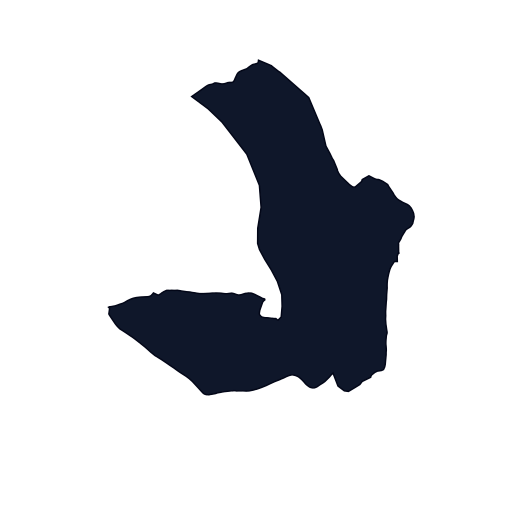 the district of Boguis, Dauphin, Saint Lucia, rotated 324°
{"feature_id": "8701671B63256124601591", "entity_name": "Boguis", "entity_type": "district", "adm_level": 2, "iso_a3": "LCA", "parent_name": "Saint Lucia", "parent_adm1": "Dauphin", "projection": "natural_earth1", "projection_center": [-60.922, 14.016], "detail": "fine", "context": "isolated", "style": "filled", "palette": "ink", "viewbox_px": 512, "rotation_deg": 324, "n_neighbors": 0, "source": "geoboundaries", "source_scale": "gbopen_adm2", "svg_char_len": 6124}
<svg xmlns="http://www.w3.org/2000/svg" viewBox="0 0 512 512"><g transform="rotate(324 256 256)"><path d="M106.6,210.8L106.8,212.3L102.9,216.4L102.7,217.7L102.6,219.8L102.3,228.1L102.4,230.6L102.6,232.3L103.0,234.9L104.3,238.1L105.7,241.8L107.5,246.8L108.3,248.9L109.1,251.4L110.3,255.5L112.1,262.0L112.8,264.6L113.6,268.2L114.4,272.1L115.4,275.8L115.7,277.0L116.2,278.2L118.5,283.8L120.6,289.5L122.1,293.8L123.8,298.4L125.1,302.5L126.3,305.9L127.6,309.2L128.8,312.3L129.9,315.9L130.8,320.1L131.3,324.4L131.8,328.6L132.2,332.4L132.3,333.4L132.5,334.9L132.6,335.8L132.8,336.2L133.0,337.1L133.3,337.5L133.5,337.9L134.4,339.0L135.4,339.8L136.1,340.4L136.5,340.7L137.3,340.9L138.1,341.4L141.4,343.0L141.8,343.2L142.7,343.6L143.6,343.8L144.0,343.9L145.3,344.5L145.7,344.7L147.3,345.5L148.5,346.0L151.1,347.3L151.9,347.8L155.4,349.8L156.4,350.3L156.8,350.5L157.5,351.1L158.3,351.5L159.7,352.5L160.2,352.9L160.9,353.7L162.6,354.8L163.2,355.3L165.6,357.0L166.0,357.2L166.3,357.5L167.4,358.4L168.7,359.5L169.8,360.2L171.2,361.1L174.0,362.4L175.4,363.0L176.9,363.5L178.0,364.0L178.9,364.3L180.2,364.7L181.2,365.0L183.3,365.6L188.1,366.8L192.0,367.5L197.0,368.5L199.3,369.1L201.1,369.6L202.7,370.0L203.9,370.2L206.7,370.9L209.7,371.4L210.1,371.5L210.5,371.6L210.9,371.7L212.4,372.1L212.7,372.2L214.5,372.9L215.2,373.3L215.9,373.8L217.3,375.4L217.8,376.0L218.6,377.3L219.2,378.4L219.6,379.5L219.7,379.9L220.3,382.4L220.6,384.2L220.7,385.5L220.9,386.8L220.9,387.6L220.9,388.0L221.1,389.3L221.3,390.1L221.4,390.6L221.8,391.9L222.2,393.1L222.7,394.2L223.3,394.8L223.8,395.5L224.1,395.8L225.3,396.7L225.6,396.9L225.9,397.0L227.1,397.4L228.2,397.6L229.0,397.7L231.6,397.7L235.6,398.0L237.1,398.0L237.9,398.0L243.3,397.2L244.9,396.9L246.2,396.5L249.5,396.0L245.9,409.4L248.2,417.0L251.2,419.9L259.1,420.6L264.5,421.0L268.1,419.9L277.4,421.5L277.5,421.2L279.2,420.4L279.5,420.2L283.8,420.0L286.7,420.5L287.7,421.1L290.3,422.4L292.4,422.8L294.9,421.4L296.8,419.7L298.1,418.2L303.1,412.5L304.8,410.2L305.8,409.1L306.8,407.7L308.1,405.6L309.1,403.9L310.0,402.6L311.3,400.9L314.7,397.0L316.6,395.5L317.3,394.6L317.5,394.2L318.4,392.4L319.7,390.0L321.0,387.5L323.7,383.2L325.3,381.2L325.8,380.6L326.8,379.1L328.3,377.0L330.9,373.9L334.2,369.9L336.2,367.7L337.4,366.1L339.1,363.9L343.3,359.0L343.9,358.1L344.6,357.1L345.8,355.5L348.1,352.8L350.6,350.4L352.7,348.5L353.9,347.5L356.3,345.6L357.6,344.8L359.0,344.0L359.7,343.7L363.7,342.1L364.9,341.9L367.1,343.5L370.3,338.9L371.1,338.5L372.3,337.7L372.9,337.4L373.4,337.6L373.6,336.8L377.5,331.3L377.8,331.0L378.0,330.7L378.5,329.8L378.9,329.3L379.3,329.0L380.0,328.7L381.9,327.9L383.4,327.2L385.4,325.9L386.2,325.6L387.3,325.1L388.5,324.6L391.0,323.6L391.3,323.4L392.1,323.1L392.5,323.0L392.9,322.9L394.8,322.9L396.9,323.1L398.0,323.1L398.5,323.0L399.3,322.8L400.1,322.5L401.6,321.9L402.0,321.7L403.9,320.0L404.9,319.2L405.5,318.7L406.4,317.8L407.0,317.1L407.2,316.8L407.6,315.9L408.3,314.7L408.5,314.2L408.8,313.3L409.1,312.0L409.3,311.2L409.7,308.3L409.6,307.4L409.5,305.7L409.2,304.6L408.8,303.4L407.9,301.8L407.0,300.2L406.2,298.8L405.5,297.1L404.5,294.9L404.3,294.4L403.8,292.7L403.7,291.9L403.7,291.5L403.6,291.0L403.6,287.4L403.9,286.0L404.2,277.8L404.5,275.8L404.5,275.5L402.4,270.0L401.8,269.0L401.2,267.9L400.5,266.7L399.9,266.0L399.2,265.5L398.6,264.9L398.3,264.6L398.0,264.2L397.0,262.5L394.5,257.5L386.9,256.6L386.3,257.0L385.4,257.8L376.8,258.5L376.1,258.1L375.2,257.4L375.0,257.1L374.6,256.4L374.1,254.9L373.3,252.3L373.5,252.9L371.4,241.1L371.5,238.6L371.5,237.7L371.7,236.8L371.8,236.3L371.9,235.4L372.0,235.0L372.2,234.6L372.4,234.2L372.6,233.8L374.9,224.4L375.0,222.5L375.1,221.4L375.2,221.1L376.0,216.8L376.8,211.0L377.1,208.7L377.2,208.2L377.3,207.8L377.5,207.4L383.7,192.9L384.2,191.1L384.8,189.0L385.2,186.9L391.8,158.8L383.2,120.6L383.2,121.5L380.4,111.7L380.4,111.2L379.4,109.6L378.6,108.2L373.1,99.1L372.6,99.6L371.8,100.5L371.5,100.7L371.2,100.8L370.8,100.9L370.4,100.9L369.7,100.7L368.0,100.1L367.5,99.9L366.2,99.3L365.4,99.1L364.9,99.1L362.9,99.0L361.6,99.0L360.4,99.0L359.9,99.1L358.7,99.1L358.2,99.0L356.5,98.5L354.6,98.0L353.3,97.6L351.7,97.3L350.9,97.2L349.8,97.2L349.1,97.3L348.4,97.5L347.4,97.9L343.6,100.0L342.0,101.0L341.4,101.3L340.2,101.7L339.8,101.7L339.4,101.7L338.9,101.6L337.4,100.6L336.3,99.8L335.5,99.4L335.2,99.2L333.5,98.7L332.1,98.2L331.2,97.8L330.2,97.2L329.6,96.8L328.9,96.2L327.0,94.1L325.7,92.8L325.0,92.2L324.6,92.0L324.4,91.8L324.0,91.7L322.0,91.4L321.2,91.1L319.1,90.1L318.3,89.8L317.4,89.6L317.1,89.6L316.7,89.5L314.7,89.4L312.1,89.4L310.2,89.4L297.7,89.2L303.8,108.8L307.2,127.7L308.4,168.3L300.3,200.8L288.7,219.7L273.7,234.6L264.7,246.8L262.6,252.9L261.1,263.9L260.2,276.3L258.4,289.0L254.1,302.5L247.5,312.1L240.5,320.2L236.1,320.9L235.7,320.1L235.3,318.3L233.9,317.3L232.7,316.1L232.0,315.6L229.5,313.2L228.2,312.1L227.5,311.6L226.9,311.1L226.3,310.5L225.1,309.1L224.7,308.3L224.5,307.4L224.4,306.5L224.4,305.6L224.7,304.7L225.3,304.0L226.5,302.8L227.1,302.2L229.2,300.7L232.7,298.3L234.1,297.3L234.9,297.0L236.4,296.7L237.3,296.7L237.7,296.0L237.5,295.5L236.3,294.1L235.2,291.7L233.7,288.9L232.4,286.3L230.8,283.8L230.5,283.5L230.2,283.1L229.5,282.6L228.1,281.5L227.7,281.3L227.3,281.1L226.9,280.9L226.2,280.5L225.8,280.2L224.6,279.7L223.8,279.5L223.5,279.3L222.3,279.0L220.6,278.3L219.9,277.9L219.2,277.5L218.5,276.9L218.3,276.6L217.7,275.9L216.4,274.0L215.9,273.3L215.1,272.4L214.4,271.7L213.3,271.1L210.4,269.5L209.4,268.8L208.0,267.6L205.9,265.6L204.2,264.2L202.1,262.6L198.5,260.1L196.6,259.0L192.2,256.1L189.6,254.3L188.2,253.2L186.2,251.3L185.0,250.0L183.0,248.1L181.8,246.8L181.5,246.4L178.9,244.2L178.0,243.3L175.1,240.5L174.2,239.5L172.7,238.0L172.1,237.4L171.7,237.2L170.2,236.2L169.5,235.7L167.5,234.1L166.0,233.2L165.3,232.6L163.6,231.3L160.6,230.7L158.0,230.5L156.6,230.6L154.3,230.3L153.9,230.3L151.3,225.6L150.4,225.9L147.7,226.4L146.2,226.1L145.4,225.8L144.3,225.2L141.4,223.3L138.5,221.4L136.4,220.2L134.6,219.2L131.8,218.0L129.7,217.4L128.4,217.1L125.7,216.6L122.2,216.3L120.2,215.9L117.6,215.0L115.1,214.3L112.8,213.6L109.0,211.8L107.7,211.0L106.6,210.8Z" fill="#0f172a" stroke="#020617" stroke-width="1.5"/></g></svg>